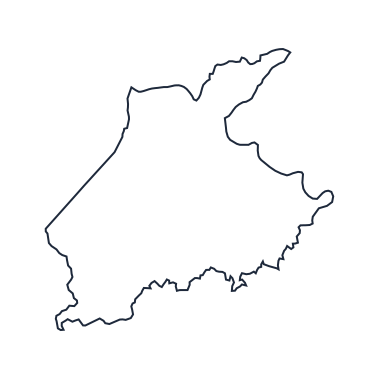 the district of União da Vitória, Paraná, Brazil, rotated 187°
{"feature_id": "56859067B10931018251693", "entity_name": "União da Vitória", "entity_type": "district", "adm_level": 2, "iso_a3": "BRA", "parent_name": "Brazil", "parent_adm1": "Paraná", "projection": "robinson", "projection_center": [-51.106, -26.121], "detail": "fine", "context": "isolated", "style": "outline", "palette": "slate", "viewbox_px": 384, "rotation_deg": 187, "n_neighbors": 0, "source": "geoboundaries", "source_scale": "gbopen_adm2", "svg_char_len": 3568}
<svg xmlns="http://www.w3.org/2000/svg" viewBox="0 0 384 384"><g transform="rotate(187 192 192)"><path d="M53.7,209.1L56.9,209.9L59.9,208.9L62.2,206.9L67.0,200.4L71.4,200.2L75.8,202.3L79.5,205.5L81.9,208.9L83.6,214.7L84.0,223.2L85.5,224.9L89.2,224.9L94.2,222.9L97.3,221.1L99.8,220.1L105.8,221.2L111.9,223.2L118.1,226.4L127.1,232.1L128.9,233.7L130.4,235.9L131.8,241.1L132.3,246.7L136.0,248.8L138.5,248.0L141.7,245.7L150.4,244.7L153.5,245.3L160.5,248.4L163.2,251.2L165.3,256.2L166.2,260.3L168.4,269.3L164.6,272.0L162.4,275.6L160.8,278.7L159.0,281.7L156.1,284.6L152.4,287.3L149.2,288.2L146.3,290.2L144.0,292.3L142.7,296.0L141.2,299.4L140.1,302.9L139.6,305.3L137.3,307.0L135.9,309.1L135.4,312.2L133.2,315.5L130.5,319.1L129.1,322.4L127.4,325.1L121.2,330.0L116.5,332.6L113.4,339.3L111.5,342.5L113.8,343.6L116.3,344.3L119.1,345.0L122.6,344.4L125.8,343.4L129.6,341.8L131.8,340.4L134.2,338.3L137.7,337.0L140.7,335.9L140.5,333.3L140.5,330.5L143.5,329.6L145.8,327.4L147.8,326.4L149.8,326.0L152.0,327.4L153.8,329.6L156.4,331.1L159.0,331.5L160.4,327.2L164.2,326.4L167.9,326.7L171.1,326.3L173.3,324.3L176.2,322.6L178.9,321.6L182.3,321.6L184.2,319.8L184.7,317.4L185.2,314.5L185.8,311.8L188.7,311.4L188.7,308.5L188.1,305.9L190.5,304.1L192.1,302.0L193.8,299.8L194.5,296.8L195.0,293.2L195.5,289.8L196.7,286.3L198.8,283.3L201.6,284.2L203.4,287.1L205.8,289.8L208.0,291.9L209.9,293.6L212.9,295.3L215.6,296.0L218.1,296.3L220.4,296.0L222.4,295.6L225.4,294.5L229.1,293.2L232.8,292.7L235.6,292.0L238.6,291.2L241.3,290.6L244.4,289.8L247.3,288.7L249.6,287.6L252.4,286.3L255.0,285.3L257.1,285.0L260.3,286.2L264.9,288.5L267.4,276.9L266.2,271.5L265.9,268.1L265.9,265.1L263.8,259.1L263.4,256.5L264.2,247.6L267.0,246.5L267.1,244.1L268.0,241.1L267.8,238.2L273.7,222.1L299.9,185.1L306.0,176.2L332.7,137.7L332.3,135.0L330.4,133.2L327.8,123.9L324.8,121.2L319.5,118.5L316.3,115.2L313.1,113.6L308.7,112.7L307.7,109.0L306.0,103.9L302.7,101.2L301.5,96.1L300.3,93.1L301.3,90.3L304.5,84.8L302.4,79.7L298.0,76.8L296.3,72.3L293.0,70.3L292.4,67.9L294.9,64.4L299.9,64.2L302.4,59.9L306.6,57.9L308.5,54.7L311.5,52.6L311.7,49.5L310.7,47.4L308.5,40.3L305.5,39.0L302.7,39.6L305.0,43.2L305.3,46.2L301.8,48.9L299.9,50.6L294.9,48.7L292.0,50.3L289.0,51.7L283.9,46.3L281.6,46.5L268.2,55.2L264.1,53.4L262.1,51.2L257.9,50.9L248.1,56.6L245.4,57.1L242.2,57.0L237.4,59.4L235.6,63.3L237.1,68.0L238.3,71.1L237.4,74.1L235.3,75.4L235.3,78.6L232.1,82.8L230.0,85.3L229.4,87.7L228.1,90.9L223.8,91.2L221.4,91.3L222.9,93.7L221.1,96.8L218.3,99.0L215.2,96.8L213.0,94.9L210.4,94.0L209.0,96.9L207.5,99.5L206.3,102.1L203.9,101.3L203.4,98.6L199.8,100.0L196.6,99.0L196.6,96.3L194.9,92.1L192.5,93.1L184.5,94.1L183.0,99.6L183.4,102.2L178.7,106.9L176.6,107.2L173.6,107.0L173.4,110.3L171.2,110.8L170.0,113.6L168.5,116.4L165.3,116.8L164.1,119.4L160.7,118.5L158.2,116.5L155.5,116.2L152.0,116.4L149.4,115.3L147.6,109.2L144.1,108.7L143.5,113.1L141.4,111.4L139.3,107.3L140.6,103.5L140.4,98.7L137.3,99.3L135.9,101.9L132.8,104.1L131.2,106.3L126.9,105.8L128.4,108.4L131.6,111.2L133.8,110.3L133.8,113.8L132.5,117.5L128.1,117.0L124.6,117.9L120.9,120.5L118.8,119.1L117.9,122.5L116.7,125.1L114.2,126.1L114.5,128.6L113.2,131.7L112.0,129.1L106.6,127.8L98.6,126.6L96.7,125.8L97.8,129.7L97.8,134.3L97.0,136.7L93.1,136.5L94.6,140.3L93.4,144.9L92.0,146.9L91.0,150.0L86.6,147.5L84.6,149.4L85.6,153.0L83.3,153.4L80.7,154.6L82.6,160.6L80.1,164.3L80.2,167.2L81.9,170.0L80.3,172.1L77.7,172.5L74.9,172.9L71.1,173.6L68.4,175.4L69.2,178.5L69.1,182.2L64.1,191.3L60.2,193.0L56.3,194.7L51.7,199.1L51.3,204.9L53.7,209.1Z" fill="none" stroke="#1e293b" stroke-width="2"/></g></svg>